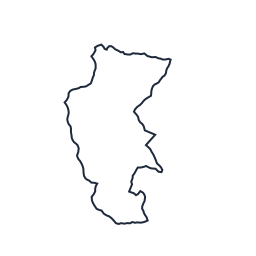 Ibaté, São Paulo, Brazil, rotated 138°
{"feature_id": "56859067B71319028154553", "entity_name": "Ibaté", "entity_type": "district", "adm_level": 2, "iso_a3": "BRA", "parent_name": "Brazil", "parent_adm1": "São Paulo", "projection": "albers", "projection_center": [-48.03, -21.94], "detail": "fine", "context": "isolated", "style": "outline", "palette": "slate", "viewbox_px": 256, "rotation_deg": 138, "n_neighbors": 0, "source": "geoboundaries", "source_scale": "gbopen_adm2", "svg_char_len": 2528}
<svg xmlns="http://www.w3.org/2000/svg" viewBox="0 0 256 256"><g transform="rotate(138 128 128)"><path d="M50.6,150.3L51.6,152.3L54.3,153.8L56.4,155.7L57.3,157.7L58.6,159.2L60.1,162.4L62.8,164.5L63.9,166.1L65.4,168.6L66.0,172.5L69.0,174.2L70.8,176.6L72.5,178.1L74.2,180.2L77.2,181.1L79.0,182.8L81.1,185.4L80.8,187.7L82.6,189.0L83.6,192.2L84.8,194.9L85.1,197.9L85.6,199.8L87.2,201.4L89.7,201.3L91.4,200.5L92.4,202.4L91.9,204.7L92.0,207.8L95.6,209.4L98.7,209.9L100.1,207.5L101.8,206.9L104.6,206.0L107.2,205.8L107.6,202.5L108.1,200.0L109.2,197.3L111.1,195.1L112.4,193.8L114.6,192.8L116.4,191.7L118.0,190.1L120.1,189.2L123.8,187.0L126.0,186.0L128.3,186.5L131.4,187.0L133.9,188.7L135.8,190.2L138.1,190.6L140.9,192.1L143.5,193.6L146.2,194.2L148.8,193.6L151.2,191.2L153.0,190.4L155.3,189.7L158.0,189.4L158.3,186.4L159.1,183.6L160.1,181.5L161.5,179.4L162.9,178.1L165.2,176.7L167.3,175.1L168.5,173.2L169.5,170.6L169.6,167.7L170.9,165.5L172.7,163.7L173.9,162.0L175.0,160.1L176.3,158.5L177.1,156.4L177.6,153.8L177.1,151.0L177.0,148.9L178.2,145.9L181.1,143.4L184.4,141.6L185.1,139.8L185.7,137.9L185.7,135.7L186.3,132.9L187.2,130.1L188.7,127.2L190.3,125.4L192.7,121.9L193.3,119.2L193.0,117.1L192.0,114.7L191.8,112.0L189.5,109.6L188.1,107.3L190.9,106.3L193.3,104.6L194.7,102.9L196.5,102.2L198.3,101.6L201.0,101.2L203.2,98.4L204.2,95.8L204.9,92.5L205.4,88.9L204.2,86.3L202.9,84.4L203.3,80.6L202.5,77.6L201.1,74.9L200.6,72.0L200.5,68.3L200.7,65.4L199.1,62.9L196.7,61.8L194.8,59.4L192.3,57.9L190.1,55.7L187.8,55.3L186.1,52.8L184.2,51.6L182.1,49.3L180.0,47.9L178.3,47.1L175.3,46.1L173.9,49.3L173.6,51.8L173.1,53.9L172.0,56.2L171.5,58.6L169.8,60.3L166.8,61.8L164.6,62.6L163.0,64.0L161.3,65.5L160.5,67.4L160.1,69.8L161.1,72.9L164.7,72.2L167.0,72.7L167.3,75.6L168.3,77.3L169.7,80.0L162.6,83.5L161.6,85.9L159.5,86.9L157.9,87.9L156.2,89.5L154.4,89.7L150.4,91.1L147.2,92.1L144.9,90.0L141.9,88.4L140.0,87.7L138.7,84.2L137.7,82.4L136.2,80.8L134.8,79.3L134.6,75.2L132.7,72.8L130.6,73.8L129.8,76.6L129.8,79.1L130.2,82.2L128.7,85.9L127.9,88.2L126.8,91.8L126.4,94.5L125.6,97.4L125.8,100.8L126.1,103.3L112.3,104.8L117.1,115.0L115.2,118.6L114.7,121.3L115.1,124.2L114.7,126.6L113.0,129.7L112.7,132.9L112.7,136.1L110.1,137.2L106.6,137.5L103.8,137.1L101.2,137.2L99.0,137.6L97.0,137.8L95.1,137.7L89.4,136.6L87.7,138.0L86.0,139.8L83.7,141.3L81.3,142.4L79.0,142.5L77.1,141.9L74.6,141.4L71.9,142.2L69.9,142.5L68.0,142.9L65.8,142.5L63.1,143.4L60.9,145.2L59.0,146.2L56.9,146.7L54.1,147.9L52.5,149.1L50.6,150.3Z" fill="none" stroke="#1e293b" stroke-width="2"/></g></svg>